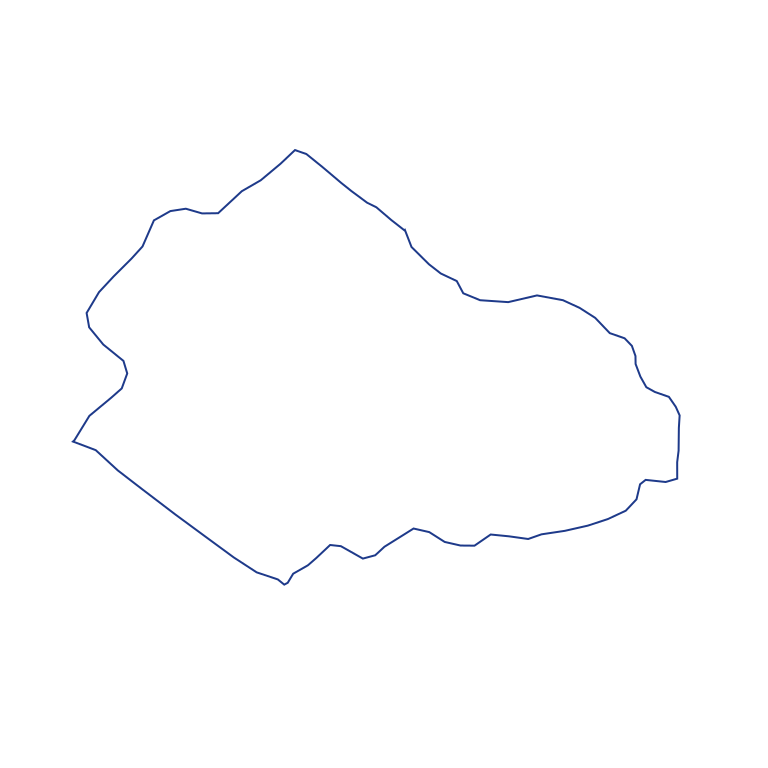 Kramfors, Västernorrland, Sweden (orthographic projection), rotated 190°
{"feature_id": "70781695B48901631872346", "entity_name": "Kramfors", "entity_type": "district", "adm_level": 2, "iso_a3": "SWE", "parent_name": "Sweden", "parent_adm1": "Västernorrland", "projection": "orthographic", "projection_center": [17.862, 62.994], "detail": "fine", "context": "isolated", "style": "outline", "palette": "blue", "viewbox_px": 768, "rotation_deg": 190, "n_neighbors": 0, "source": "geoboundaries", "source_scale": "gbopen_adm2", "svg_char_len": 1311}
<svg xmlns="http://www.w3.org/2000/svg" viewBox="0 0 768 768"><g transform="rotate(190 384 384)"><path d="M447.4,169.1L444.3,171.5L440.5,181.4L427.5,192.2L420.6,200.7L409.1,216.1L398.3,216.8L374.5,208.4L362.9,213.8L355.3,223.8L338.3,239.1L329.8,246.8L313.7,246.0L296.8,239.0L280.6,238.2L266.8,240.5L252.8,254.3L234.4,255.7L215.1,256.4L202.8,263.3L180.4,270.8L158.7,279.9L140.2,289.8L123.9,301.2L115.3,314.3L114.4,329.7L109.7,335.0L89.6,336.4L78.8,341.7L81.7,357.9L82.3,369.5L86.0,392.0L87.4,404.4L92.7,412.2L101.2,420.8L115.9,423.2L125.1,426.4L132.8,435.8L139.7,447.4L140.9,453.6L141.2,455.2L146.5,464.6L155.0,470.8L170.5,473.3L187.5,485.8L204.5,492.9L222.3,497.6L248.7,497.8L275.9,486.2L303.9,483.2L321.7,487.1L330.2,498.0L347.3,502.7L360.5,509.7L380.7,523.7L390.2,539.4L390.6,538.9L405.4,546.8L422.2,556.7L432.1,559.6L449.9,568.5L460.7,574.4L482.5,587.1L500.4,597.0L512.3,598.9L524.1,583.0L540.8,563.2L557.5,549.2L577.0,523.4L592.8,520.4L609.6,522.2L624.4,517.2L639.0,505.2L645.7,477.5L654.4,463.7L669.0,442.9L680.6,425.0L689.2,402.3L684.2,388.6L667.3,374.1L644.6,361.5L638.7,349.8L641.5,334.1L650.2,323.2L668.6,301.5L679.1,274.9L680.3,273.3L656.4,268.8L631.2,252.7L603.5,238.2L566.9,219.3L533.4,202.7L501.8,187.1L476.7,176.4L454.6,173.1L447.4,169.1Z" fill="none" stroke="#1e3a8a" stroke-width="2"/></g></svg>